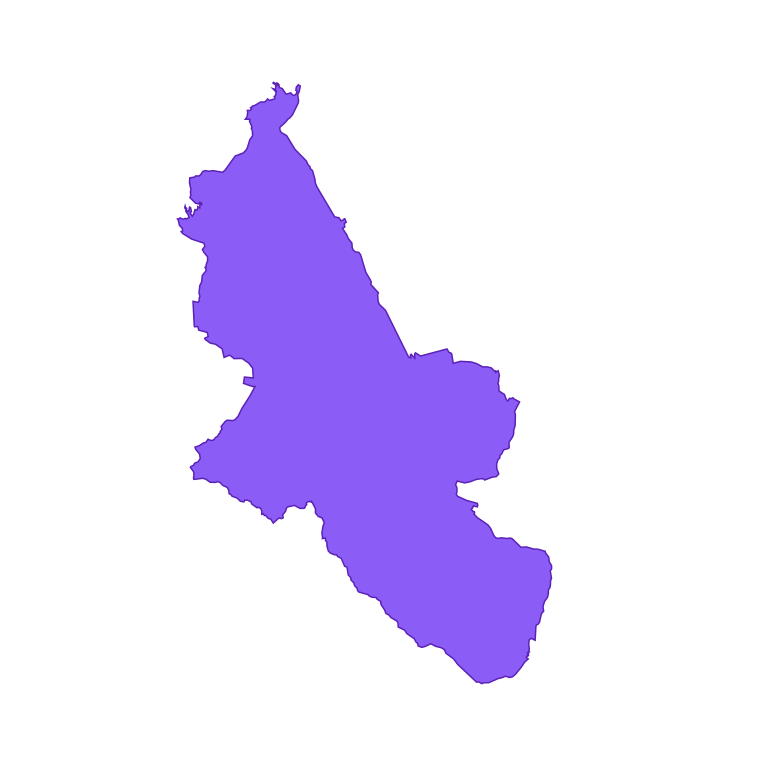 outline of Posesti, Prahova, Romania, rotated 36°
{"feature_id": "2599482B56357474531402", "entity_name": "Posesti", "entity_type": "district", "adm_level": 2, "iso_a3": "ROU", "parent_name": "Romania", "parent_adm1": "Prahova", "projection": "equal_earth", "projection_center": [26.141, 45.287], "detail": "fine", "context": "isolated", "style": "filled", "palette": "violet", "viewbox_px": 768, "rotation_deg": 36, "n_neighbors": 0, "source": "geoboundaries", "source_scale": "gbopen_adm2", "svg_char_len": 6158}
<svg xmlns="http://www.w3.org/2000/svg" viewBox="0 0 768 768"><g transform="rotate(36 384 384)"><path d="M376.2,561.6L377.7,554.2L380.3,553.1L381.1,551.5L378.9,549.4L379.2,545.0L378.0,541.6L378.3,540.1L382.9,534.9L389.1,534.0L392.2,531.8L392.8,530.6L392.1,528.9L392.4,527.0L390.9,525.6L392.4,522.9L394.3,522.5L394.3,521.4L401.9,525.2L404.4,528.7L408.7,529.8L412.7,528.8L416.5,530.9L417.4,531.8L418.1,534.7L421.4,541.2L424.4,544.1L425.0,545.3L427.0,543.2L428.9,545.1L430.7,545.5L433.1,548.6L437.0,551.8L440.1,552.3L444.0,551.4L446.0,550.1L447.9,550.8L451.9,550.2L459.3,554.6L461.7,553.9L467.3,559.5L470.8,560.2L472.6,562.0L476.4,562.6L478.7,564.4L482.7,565.2L483.7,566.5L485.9,567.1L494.9,563.8L496.8,564.2L499.2,563.7L503.5,561.3L505.0,562.2L509.4,561.8L510.2,563.3L511.8,564.4L517.7,566.6L520.3,568.5L523.9,568.0L526.9,568.9L533.5,568.2L535.7,569.0L538.4,572.3L545.3,571.0L549.3,572.5L558.3,572.3L561.7,574.0L563.8,574.2L565.6,575.9L569.3,574.9L571.7,571.9L574.6,566.6L579.8,565.9L585.7,563.6L589.2,563.5L592.4,565.4L602.0,565.5L608.3,567.5L634.1,570.8L635.9,569.2L639.2,569.0L640.5,566.9L644.2,564.2L649.3,555.5L652.5,551.7L653.9,549.1L658.3,547.5L660.0,545.4L661.0,541.5L661.5,532.8L661.3,526.2L662.3,521.7L659.6,521.5L659.8,520.4L659.3,519.0L660.3,519.3L660.4,518.6L659.4,518.2L659.5,517.2L658.0,516.8L659.1,515.2L657.8,514.5L657.4,513.1L654.0,509.4L651.8,505.6L652.7,503.2L656.9,502.5L649.3,490.7L649.0,489.4L649.9,487.6L649.8,485.3L646.4,477.4L646.7,473.9L643.8,471.1L643.0,469.4L641.7,465.6L641.7,460.6L640.2,457.0L638.0,453.9L638.0,451.6L637.2,449.5L634.2,444.9L633.8,442.8L628.4,437.5L628.2,435.0L626.3,432.4L622.2,430.7L619.0,427.2L614.0,425.7L612.7,424.6L605.5,427.2L602.2,429.5L595.0,432.1L590.7,435.6L578.9,433.8L576.9,434.2L574.4,436.6L569.3,439.5L566.5,442.3L564.5,442.7L561.9,442.0L555.2,438.2L550.9,436.9L538.1,437.2L533.2,436.3L533.1,435.0L532.2,434.2L530.8,434.9L529.8,434.3L528.6,434.5L528.2,433.2L528.6,431.8L527.9,431.3L528.3,429.8L531.7,428.6L531.1,426.9L529.7,425.7L519.3,429.6L509.5,431.6L507.3,430.7L506.5,428.6L504.1,425.2L501.0,423.2L500.3,419.5L507.4,416.6L511.2,412.4L514.4,407.4L518.1,403.6L520.6,402.2L521.9,402.5L526.2,395.9L529.2,393.0L529.7,390.2L529.6,389.2L525.1,386.3L522.2,382.6L520.8,378.5L521.1,375.7L519.8,373.6L520.3,371.6L519.5,366.9L522.7,362.8L522.6,361.7L519.4,357.8L519.1,351.1L518.1,347.9L516.1,345.1L514.5,340.5L508.2,331.4L505.8,329.5L504.2,318.8L497.8,319.7L496.4,319.3L495.4,321.1L493.9,321.9L494.3,324.7L493.6,325.0L491.0,324.1L487.7,321.7L481.1,322.0L478.1,318.1L475.6,316.3L475.1,314.3L473.4,311.9L472.4,309.3L468.6,306.2L467.5,309.0L466.7,308.7L466.6,307.9L465.4,308.5L461.3,307.9L457.4,309.5L453.9,312.1L446.8,313.1L441.4,315.0L432.6,320.7L427.8,326.6L421.4,320.1L420.0,319.6L417.9,320.2L414.4,318.6L397.1,339.9L391.2,340.3L391.1,341.5L393.7,345.0L388.5,344.0L388.2,344.9L390.2,347.2L388.0,347.7L341.9,323.5L333.4,322.3L330.7,320.6L326.6,315.8L325.8,313.5L314.7,311.2L313.9,309.2L312.2,308.0L303.8,304.4L289.1,293.2L286.2,292.3L283.1,294.0L280.5,293.7L278.4,292.6L275.1,288.8L269.4,287.2L266.2,285.2L259.0,282.5L260.0,280.0L257.6,277.6L258.3,275.4L255.4,273.4L254.7,273.7L254.8,274.9L253.4,277.2L249.8,276.0L245.9,277.8L213.8,263.9L210.4,261.8L207.7,258.9L200.7,253.4L197.6,253.0L196.5,251.8L193.5,251.2L190.1,249.2L174.1,246.5L159.3,240.3L153.0,240.9L150.5,239.7L148.9,237.7L150.5,229.5L150.6,226.4L151.5,223.7L151.7,219.8L149.5,207.3L148.6,205.3L144.2,200.7L143.5,197.1L141.1,192.1L138.8,192.3L138.6,195.4L140.1,198.3L141.8,198.3L142.5,201.7L141.0,204.0L137.4,203.3L134.5,207.1L128.1,204.8L125.1,205.6L123.1,203.7L122.3,204.9L121.6,202.7L121.3,204.2L120.3,203.5L119.8,204.8L117.3,204.9L117.3,205.8L120.6,205.7L122.8,208.9L122.5,209.7L120.5,210.4L123.9,211.0L123.3,210.2L123.6,209.9L125.0,210.5L126.6,214.6L126.3,216.0L127.1,216.0L127.9,217.6L124.7,221.9L122.3,221.8L122.1,224.7L121.2,226.4L118.4,228.4L115.6,234.8L114.1,236.6L114.5,237.3L113.6,238.9L115.1,239.4L114.9,241.3L112.6,243.0L114.0,244.3L116.2,248.3L116.2,251.3L119.9,248.7L120.8,250.5L126.1,253.7L126.3,255.1L128.9,256.7L131.9,260.6L131.8,265.1L134.6,273.2L134.9,275.7L134.3,279.9L129.6,286.9L129.7,304.3L129.0,307.6L120.4,311.8L117.0,315.0L114.0,316.4L112.5,318.4L112.6,322.6L112.1,324.4L109.3,326.4L109.2,327.8L105.7,331.4L108.4,335.6L113.8,340.4L114.2,342.0L116.7,344.8L117.5,347.3L125.2,348.5L128.6,347.1L128.1,345.8L129.1,346.1L129.3,344.8L131.1,345.8L130.0,347.6L131.4,349.8L129.1,350.0L129.9,350.8L130.3,353.5L128.6,354.0L130.2,358.5L130.3,360.8L126.9,359.8L126.5,358.9L127.0,357.9L124.0,355.1L122.7,355.2L124.5,358.9L124.2,359.4L122.2,359.6L121.1,357.9L119.8,357.9L118.5,356.9L119.2,358.6L121.7,359.5L122.0,360.7L126.1,362.2L128.4,363.9L127.1,366.6L125.9,366.8L124.5,369.0L121.4,369.4L121.1,370.7L119.9,371.9L121.4,372.5L125.3,375.9L129.5,376.7L131.1,378.6L130.3,380.0L132.6,380.6L143.4,379.8L155.5,375.9L158.2,378.0L158.0,381.9L160.7,383.3L166.5,384.8L168.9,388.1L169.9,391.8L171.1,393.6L170.6,394.8L172.9,395.8L173.4,397.5L173.2,403.0L176.4,408.5L177.2,412.8L180.9,419.2L183.6,421.3L183.8,422.8L185.5,425.2L185.6,427.2L180.9,429.4L196.5,448.7L197.3,449.0L199.5,446.9L202.5,449.3L210.6,446.2L213.9,448.9L212.1,452.4L213.4,453.1L219.5,453.0L224.2,450.9L232.4,450.7L239.0,456.5L242.1,451.4L247.8,451.6L254.1,446.8L262.2,446.6L268.4,448.4L274.7,455.9L267.0,460.4L270.0,466.1L279.4,463.2L281.1,461.8L282.5,472.1L283.4,487.2L284.9,495.8L284.5,500.2L283.4,502.3L278.5,505.4L277.6,507.2L277.2,514.1L279.5,515.8L279.3,518.4L280.1,519.8L279.7,521.5L280.1,523.9L279.1,526.6L279.1,529.3L277.3,531.4L274.1,532.1L274.2,535.9L272.5,537.9L270.8,542.5L268.2,546.2L270.0,547.5L275.9,549.1L279.1,552.2L279.3,556.4L277.4,559.2L277.6,562.0L276.2,564.3L276.4,565.3L281.5,566.9L283.3,568.7L285.4,572.4L286.2,572.9L287.0,572.3L292.6,567.0L295.5,565.8L301.1,565.7L305.7,562.5L306.5,561.0L309.0,560.0L313.4,560.8L318.1,559.8L321.3,561.6L323.1,563.8L324.9,563.4L327.1,564.1L332.2,562.6L336.7,563.3L340.0,561.7L339.7,559.7L341.9,558.2L346.0,557.5L347.2,558.8L353.9,558.8L354.0,558.0L357.3,557.1L359.9,558.7L361.7,561.3L362.8,560.0L364.4,560.7L365.5,559.9L369.4,560.8L371.9,559.9L376.2,561.6Z" fill="#8b5cf6" stroke="#5b21b6" stroke-width="1.5"/></g></svg>